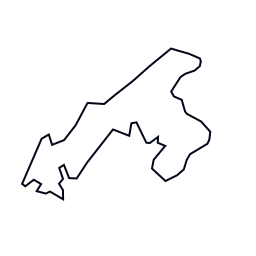 Khadjaabad, Andijon, Uzbekistan (orthographic projection), rotated 290°
{"feature_id": "79887680B20673665411961", "entity_name": "Khadjaabad", "entity_type": "district", "adm_level": 2, "iso_a3": "UZB", "parent_name": "Uzbekistan", "parent_adm1": "Andijon", "projection": "orthographic", "projection_center": [72.575, 40.634], "detail": "fine", "context": "isolated", "style": "outline", "palette": "ink", "viewbox_px": 256, "rotation_deg": 290, "n_neighbors": 0, "source": "geoboundaries", "source_scale": "gbopen_adm2", "svg_char_len": 852}
<svg xmlns="http://www.w3.org/2000/svg" viewBox="0 0 256 256"><g transform="rotate(290 128 128)"><path d="M38.3,73.2L41.6,76.5L38.8,91.4L47.4,88.1L52.0,82.3L58.0,84.3L67.0,77.0L71.4,80.4L60.8,89.8L63.0,97.0L81.6,101.4L121.5,114.4L121.1,131.8L133.6,129.6L136.2,134.0L120.5,150.2L121.3,153.6L129.9,159.3L124.3,161.0L123.9,169.1L107.0,163.0L98.1,164.4L91.0,181.3L100.3,190.2L108.1,194.6L118.2,194.1L124.7,195.3L140.3,208.0L145.0,208.4L152.6,206.6L159.1,194.5L161.4,178.6L163.1,175.9L172.8,168.9L173.4,160.3L177.0,156.1L193.9,159.9L198.7,163.5L204.7,170.9L210.6,174.3L215.3,173.7L217.9,171.9L218.6,159.8L217.7,147.0L217.4,141.3L193.3,127.0L174.2,116.7L153.8,104.0L142.4,97.4L137.7,81.4L112.9,77.9L94.8,72.1L86.2,62.4L94.8,55.8L88.4,50.5L39.3,47.6L38.1,51.4L47.2,57.2L45.6,65.5L37.4,63.8L38.3,73.2Z" fill="none" stroke="#020617" stroke-width="2"/></g></svg>